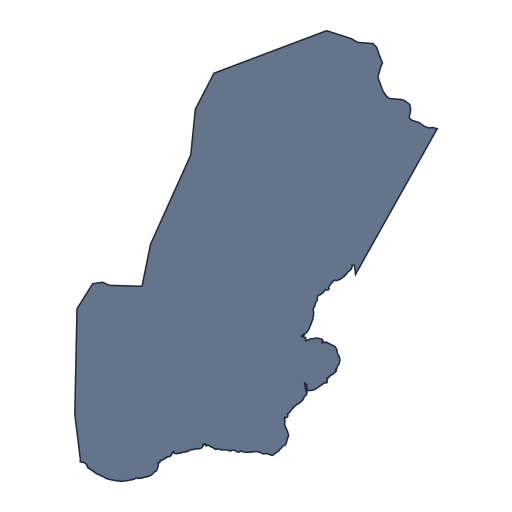 Ordome, Palau
{"feature_id": "81905179B69517244030983", "entity_name": "Ordome", "entity_type": "district", "adm_level": 2, "iso_a3": "PLW", "parent_name": "Palau", "parent_adm1": "", "projection": "albers", "projection_center": [134.556, 7.371], "detail": "fine", "context": "isolated", "style": "filled", "palette": "slate", "viewbox_px": 512, "rotation_deg": 0, "n_neighbors": 0, "source": "geoboundaries", "source_scale": "gbopen_adm2", "svg_char_len": 6088}
<svg xmlns="http://www.w3.org/2000/svg" viewBox="0 0 512 512"><path d="M80.1,461.6L81.7,462.4L82.7,461.8L83.4,462.4L84.1,462.8L85.2,463.0L85.8,463.9L86.1,464.0L86.5,464.8L86.9,464.9L87.3,465.9L87.2,466.3L87.7,467.7L88.9,467.8L89.0,468.7L90.7,469.6L92.4,470.9L93.8,471.1L93.7,471.7L96.3,473.6L97.5,474.2L98.9,474.5L99.4,474.6L100.1,475.5L102.9,476.4L105.5,478.2L108.4,479.2L111.7,479.9L114.6,480.4L115.8,480.8L117.1,480.7L119.5,481.2L121.4,481.3L123.9,481.2L124.8,480.6L126.5,480.8L128.2,480.5L129.9,480.0L132.0,479.9L132.7,479.0L133.2,479.2L134.3,479.1L135.2,478.5L136.2,478.0L136.8,477.9L138.4,478.6L138.8,477.9L139.6,478.2L142.1,478.1L143.5,477.5L144.5,477.0L145.6,477.2L147.0,476.9L148.3,476.4L151.3,475.1L154.0,472.6L154.3,472.0L156.3,471.0L157.6,468.2L158.3,465.0L158.1,462.7L158.8,463.0L159.1,462.6L159.9,462.4L159.8,461.3L160.3,461.0L160.3,460.4L161.1,460.5L162.2,460.2L164.2,458.9L164.6,458.2L164.9,458.5L166.7,457.5L166.7,456.9L167.8,456.6L168.4,456.9L168.9,456.7L169.2,456.3L170.2,456.4L171.4,454.9L172.0,454.1L172.1,452.5L172.5,452.4L172.8,452.2L173.3,451.8L173.5,451.4L173.9,451.5L173.8,452.6L174.2,453.3L174.8,453.5L175.4,453.5L176.1,453.7L177.1,453.7L177.9,453.2L178.8,453.5L179.5,452.9L180.7,453.2L181.9,452.6L183.3,452.2L184.2,452.1L185.7,452.0L186.2,451.4L186.8,451.2L187.1,451.5L187.8,451.5L188.5,450.9L189.2,450.7L189.6,450.2L190.0,450.1L190.7,449.7L191.6,449.5L192.0,449.8L192.5,449.6L193.1,449.6L193.4,449.4L193.6,449.0L193.9,449.0L194.1,449.2L194.3,449.1L195.4,449.1L196.1,448.7L196.7,449.0L197.0,449.1L197.2,448.9L197.9,448.9L198.8,448.6L199.7,448.7L200.1,448.5L201.1,448.2L202.0,447.5L203.2,445.9L203.3,445.2L203.3,444.7L203.1,444.2L204.0,444.2L204.4,444.6L204.9,444.6L205.0,443.9L205.5,443.7L206.1,445.1L205.8,445.7L206.4,445.9L206.8,445.7L206.7,445.1L207.4,445.4L208.2,445.3L208.7,445.2L209.0,445.3L209.3,445.8L209.9,446.1L210.3,446.6L211.3,447.1L211.8,447.0L213.1,447.6L213.9,448.6L214.8,448.7L215.2,449.3L217.0,449.2L218.3,448.9L219.8,449.2L220.7,449.9L223.5,449.9L227.6,450.0L229.6,451.0L231.5,450.7L232.0,450.0L233.9,450.4L235.3,450.5L235.8,450.8L236.2,451.5L237.3,452.0L239.2,452.1L240.1,451.5L240.3,451.1L240.8,450.9L241.3,451.2L242.3,451.6L243.5,451.7L244.0,452.1L245.7,452.4L247.9,452.2L248.3,452.0L249.0,452.1L251.8,452.2L254.2,451.5L255.1,451.7L255.8,451.5L256.4,451.5L257.3,451.7L258.5,452.0L258.9,452.4L259.6,452.4L260.4,452.5L261.3,453.0L261.6,453.0L262.0,453.4L262.9,453.8L263.6,453.9L265.4,453.7L266.6,453.4L267.4,453.9L268.1,454.0L269.2,454.5L269.6,454.5L270.4,454.9L271.6,455.2L272.3,455.2L273.0,455.1L273.8,454.7L274.1,454.2L275.1,453.4L275.8,453.0L276.4,452.6L276.7,452.2L277.2,451.9L278.0,451.5L279.4,450.0L279.6,449.6L280.2,449.1L280.2,448.9L281.6,447.9L281.8,447.2L282.2,446.7L282.8,446.2L283.4,445.8L283.7,445.9L284.2,445.7L285.0,445.1L285.5,444.5L286.0,443.6L286.6,442.1L286.6,441.4L286.9,440.6L287.3,439.8L287.5,438.3L288.4,436.4L288.6,435.4L288.3,434.8L288.3,433.7L287.9,433.1L287.5,432.2L287.6,431.7L287.5,431.1L286.1,428.5L285.9,427.7L285.4,427.1L285.4,426.6L285.1,426.3L285.2,425.8L284.9,425.5L284.6,424.0L285.0,420.7L284.9,419.8L284.5,419.4L284.4,417.6L285.0,417.3L285.1,417.9L286.2,417.7L286.9,417.4L287.5,416.9L287.8,416.2L287.9,415.6L287.8,414.7L287.4,414.3L287.7,413.9L288.3,413.6L288.3,413.1L288.8,413.0L289.8,412.2L290.4,410.9L290.9,410.6L290.9,410.3L293.0,408.2L293.7,407.0L294.3,406.9L294.7,406.2L295.2,405.9L296.3,405.0L296.8,404.3L297.7,404.2L298.6,403.7L298.9,403.3L299.6,402.8L300.3,402.4L301.9,400.8L303.0,399.8L303.4,398.8L303.9,397.9L304.4,396.5L305.3,395.8L306.6,394.7L307.1,392.2L306.6,391.5L306.1,391.2L305.1,386.5L304.6,383.1L305.1,383.0L305.5,384.6L306.6,384.6L306.9,387.7L307.4,390.6L308.2,390.6L309.4,390.6L313.5,390.1L316.4,388.4L319.5,386.3L320.4,385.7L322.7,384.1L323.8,383.5L324.6,383.0L325.1,383.0L325.5,382.7L326.2,382.9L326.7,382.8L327.2,382.4L327.4,382.1L326.8,381.3L327.0,381.1L327.0,380.8L327.3,379.8L327.5,378.7L327.3,378.3L327.6,378.4L328.3,378.0L328.7,377.2L328.9,376.6L329.4,376.5L329.8,376.0L330.5,375.8L330.6,375.4L331.0,374.9L331.4,375.0L332.1,374.7L333.2,374.1L334.5,372.6L335.0,372.4L335.4,372.1L335.6,371.5L336.3,371.0L336.3,370.0L335.7,370.0L335.9,369.1L336.5,368.4L337.0,368.2L336.9,367.8L338.1,365.2L338.8,364.8L339.0,363.2L339.4,362.7L339.9,360.9L339.9,359.5L339.4,357.4L338.6,355.5L337.4,352.9L337.0,350.6L337.0,349.7L335.3,347.0L334.7,346.3L333.6,345.9L329.7,343.8L329.0,343.6L328.4,343.2L327.9,343.1L327.4,342.8L326.8,342.2L326.1,342.1L325.4,342.3L325.4,342.6L324.9,342.3L324.5,342.3L323.7,342.0L323.4,342.4L323.1,342.4L322.7,342.9L322.2,343.0L322.1,342.4L322.3,341.9L322.1,341.6L321.8,341.7L322.6,341.0L322.9,340.5L322.6,339.8L321.9,339.1L320.4,338.9L318.2,338.2L316.2,338.1L314.4,338.2L313.6,338.9L311.0,338.7L310.1,339.0L309.2,339.6L308.4,339.8L307.5,340.0L306.8,340.4L306.4,340.9L305.4,340.1L305.8,338.9L305.9,337.9L305.6,337.6L305.2,337.5L304.8,337.6L303.7,336.9L302.9,336.7L302.1,336.7L301.4,336.4L302.1,335.5L302.3,335.9L303.3,336.2L304.0,335.9L304.1,335.3L303.9,334.8L303.2,334.6L303.7,334.1L304.5,334.2L306.4,332.8L308.6,329.6L310.2,326.0L311.2,323.7L311.8,321.6L312.9,319.5L312.8,317.2L313.4,316.4L313.6,314.3L313.6,312.8L313.6,311.6L313.1,309.5L313.6,308.2L314.9,305.9L315.3,303.1L316.8,301.2L317.4,299.2L317.1,297.9L317.5,296.6L318.6,295.2L320.1,294.9L321.0,293.9L321.9,293.7L323.8,291.8L325.3,289.4L326.4,290.1L328.4,289.9L329.1,288.4L328.5,287.3L331.5,283.0L333.3,281.1L334.3,280.2L336.4,280.7L339.8,279.4L342.2,278.0L343.2,276.9L344.5,276.4L344.5,275.4L346.2,274.3L347.6,272.3L348.9,271.3L350.9,269.6L351.4,268.2L352.1,267.3L351.9,265.2L354.4,265.2L354.6,267.2L355.3,272.0L355.5,274.4L437.2,128.7L432.7,127.5L428.6,127.9L423.9,126.1L419.2,122.6L412.1,120.4L409.2,117.9L410.7,109.5L409.7,104.5L404.4,100.5L401.6,99.5L389.1,98.5L385.9,95.5L382.9,90.8L380.7,85.0L377.9,77.0L379.8,70.3L380.5,67.6L382.5,62.8L379.3,54.9L376.6,47.3L373.1,43.6L357.5,42.3L351.5,38.7L326.5,30.7L214.0,73.2L195.3,109.3L190.8,154.8L150.5,244.4L142.0,286.3L109.3,285.3L102.6,282.3L92.8,283.7L77.0,308.7L74.8,414.4L80.4,459.6L80.1,461.6Z" fill="#64748b" stroke="#1e293b" stroke-width="1.5"/></svg>